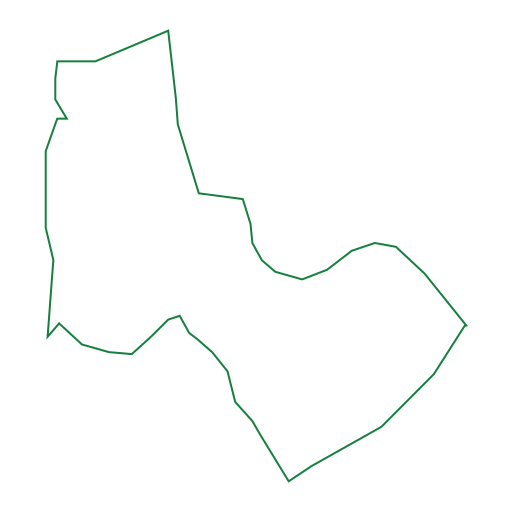 the district of Seocho-gu, Seoul, South Korea
{"feature_id": "91817680B5725333816693", "entity_name": "Seocho-gu", "entity_type": "district", "adm_level": 2, "iso_a3": "KOR", "parent_name": "South Korea", "parent_adm1": "Seoul", "projection": "albers", "projection_center": [127.03, 37.463], "detail": "fine", "context": "isolated", "style": "outline", "palette": "green", "viewbox_px": 512, "rotation_deg": 0, "n_neighbors": 0, "source": "geoboundaries", "source_scale": "gbopen_adm2", "svg_char_len": 726}
<svg xmlns="http://www.w3.org/2000/svg" viewBox="0 0 512 512"><path d="M466.3,325.5L424.6,273.6L395.9,246.8L374.8,243.0L351.9,250.7L327.0,269.8L302.1,279.4L275.3,271.8L261.9,260.3L252.4,243.1L250.5,223.9L242.8,199.1L198.8,193.3L177.8,124.4L175.8,97.7L168.2,30.9L168.2,30.7L95.5,61.3L57.3,61.3L57.1,63.2L55.3,78.5L55.3,99.5L66.8,118.7L57.2,118.7L45.7,151.2L45.7,172.2L45.7,202.8L45.7,227.7L53.4,260.3L52.9,265.7L47.6,336.8L49.7,334.4L59.1,323.4L82.0,344.5L108.8,352.1L131.8,354.1L150.9,336.8L168.2,319.6L179.7,315.8L189.2,333.0L196.9,338.8L212.2,352.2L227.5,371.3L235.2,401.9L252.4,421.1L260.1,434.5L288.7,481.3L311.3,466.2L381.4,426.8L433.9,374.1L464.6,325.9L466.3,325.5Z" fill="none" stroke="#15803d" stroke-width="2"/></svg>